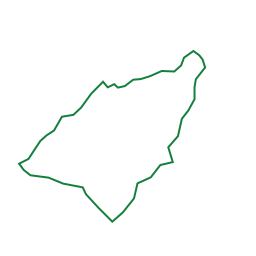 the district of Kalo Chorio Soleas, Cyprus, rotated 43°
{"feature_id": "46923920B82951092544014", "entity_name": "Kalo Chorio Soleas", "entity_type": "district", "adm_level": 2, "iso_a3": "CYP", "parent_name": "Cyprus", "parent_adm1": "", "projection": "mercator", "projection_center": [32.871, 35.119], "detail": "fine", "context": "isolated", "style": "outline", "palette": "green", "viewbox_px": 256, "rotation_deg": 43, "n_neighbors": 0, "source": "geoboundaries", "source_scale": "gbopen_adm2", "svg_char_len": 693}
<svg xmlns="http://www.w3.org/2000/svg" viewBox="0 0 256 256"><g transform="rotate(43 128 128)"><path d="M78.2,111.2L77.7,128.0L79.8,145.0L79.1,155.6L72.0,164.8L75.6,180.3L73.5,188.8L72.7,197.3L76.3,218.5L72.7,228.4L80.5,229.8L88.9,229.1L103.7,218.5L118.5,212.9L135.4,202.3L142.4,205.1L160.7,206.5L180.4,207.2L181.8,193.1L180.4,175.4L172.7,162.0L178.3,148.5L176.9,133.0L184.0,122.4L170.6,114.6L170.1,99.9L161.1,84.5L160.2,74.1L157.0,61.5L148.9,52.9L144.4,46.1L143.1,31.1L135.9,27.1L130.5,26.2L123.3,27.1L121.0,38.4L124.2,46.1L123.3,55.1L113.8,63.3L108.8,75.0L103.9,83.6L98.9,89.1L97.1,99.5L93.1,105.3L88.1,105.3L85.4,112.1L78.2,111.2Z" fill="none" stroke="#15803d" stroke-width="2"/></g></svg>